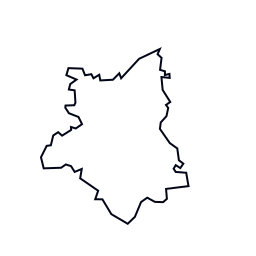 Ilinden, Ilinden, North Macedonia (Mercator projection), rotated 118°
{"feature_id": "65306769B96120860372222", "entity_name": "Ilinden", "entity_type": "district", "adm_level": 2, "iso_a3": "MKD", "parent_name": "North Macedonia", "parent_adm1": "Ilinden", "projection": "mercator", "projection_center": [21.621, 41.998], "detail": "fine", "context": "isolated", "style": "outline", "palette": "ink", "viewbox_px": 256, "rotation_deg": 118, "n_neighbors": 0, "source": "geoboundaries", "source_scale": "gbopen_adm2", "svg_char_len": 1059}
<svg xmlns="http://www.w3.org/2000/svg" viewBox="0 0 256 256"><g transform="rotate(118 128 128)"><path d="M150.9,47.3L140.2,55.6L144.4,65.3L142.5,68.6L138.4,68.4L138.8,63.0L133.5,62.4L132.6,67.9L122.9,74.9L121.7,84.0L113.8,99.4L107.7,101.7L99.5,99.6L91.4,101.9L89.8,105.3L85.2,102.9L78.1,115.3L67.3,122.4L64.2,114.7L60.8,116.8L63.9,120.3L60.6,122.0L61.6,127.0L50.3,131.3L49.0,136.5L43.3,137.0L61.7,150.7L87.3,157.4L83.8,161.4L92.5,164.0L99.0,174.8L94.5,178.4L100.3,181.8L97.7,185.6L101.6,190.7L97.0,196.1L103.1,208.7L110.3,207.2L109.4,196.2L116.3,199.6L121.8,198.3L119.8,192.8L130.3,186.3L133.1,186.1L137.5,193.7L139.5,192.9L142.7,187.1L141.5,176.9L146.2,170.4L152.9,173.9L153.9,178.8L156.4,177.3L165.7,182.6L164.5,187.7L169.7,190.5L179.5,188.0L181.9,191.4L194.7,191.1L203.2,183.5L194.5,168.4L189.4,165.8L188.4,160.4L191.8,154.5L185.9,149.6L194.9,146.6L197.4,124.9L206.3,123.5L203.0,117.1L211.9,102.3L212.7,83.3L203.2,80.2L187.2,81.7L180.5,78.3L180.6,69.6L177.0,62.2L172.3,60.4L163.9,65.8L150.9,47.3Z" fill="none" stroke="#020617" stroke-width="2"/></g></svg>